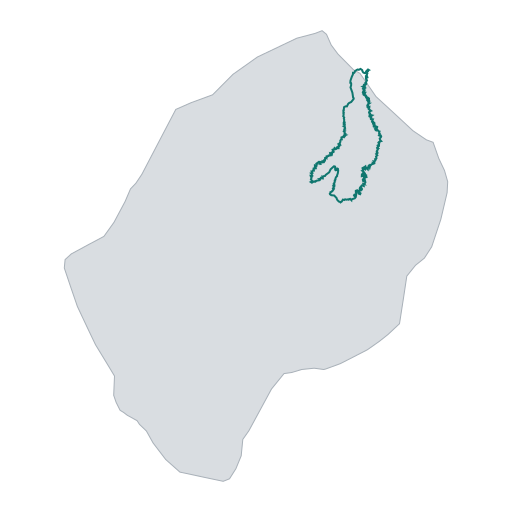 location of Seate, Mokhotlong, Lesotho
{"feature_id": "5366337B91839727568065", "entity_name": "Seate", "entity_type": "district", "adm_level": 2, "iso_a3": "LSO", "parent_name": "Lesotho", "parent_adm1": "Mokhotlong", "projection": "equal_earth", "projection_center": [28.771, -29.06], "detail": "fine", "context": "in_parent", "style": "outline", "palette": "teal", "viewbox_px": 512, "rotation_deg": 0, "n_neighbors": 0, "source": "geoboundaries", "source_scale": "gbopen_adm2", "svg_char_len": 7007}
<svg xmlns="http://www.w3.org/2000/svg" viewBox="0 0 512 512"><path d="M340.4,363.6L325.7,369.0L323.7,369.5L314.2,368.2L301.6,369.5L291.7,372.5L284.0,373.6L271.5,389.0L248.9,430.7L242.8,439.4L241.2,455.8L235.9,468.7L229.5,478.8L223.2,481.3L204.2,477.3L179.9,472.1L165.7,459.5L153.1,443.0L146.4,431.0L139.5,424.4L137.1,420.7L127.2,415.2L123.4,412.3L120.1,410.3L116.1,402.3L113.7,395.3L114.5,376.0L107.5,364.4L95.5,344.7L87.8,328.6L77.4,306.5L70.9,287.6L64.3,268.0L65.1,259.6L71.3,253.9L89.6,244.0L103.9,236.4L114.0,222.3L125.1,201.5L130.5,188.9L135.9,183.2L141.8,174.4L152.1,154.7L163.5,132.9L175.8,109.4L191.3,102.6L212.6,94.8L233.0,74.3L257.4,57.0L296.8,38.2L315.1,33.4L322.1,30.7L326.5,34.3L331.2,45.0L337.9,54.0L353.4,69.7L360.0,73.4L376.0,96.6L393.2,112.4L412.9,130.7L426.3,139.8L433.1,142.3L438.8,158.5L444.5,170.5L447.7,181.7L447.1,192.7L440.8,219.4L431.7,246.8L424.4,258.1L415.5,265.3L406.8,276.1L403.5,298.0L399.5,323.7L388.2,334.3L379.4,341.3L367.3,349.8L340.4,363.6Z" fill="#d9dde1" stroke="#a8b0b8" stroke-width="1"/><path d="M363.7,186.0L363.3,184.0L364.3,184.2L363.8,183.6L364.8,183.3L365.4,182.3L364.7,179.5L364.0,179.5L363.6,181.0L363.2,181.1L362.8,179.7L363.8,178.2L366.5,177.0L365.9,176.1L365.4,175.9L364.5,177.0L364.1,177.1L363.4,175.5L362.9,175.1L362.4,176.1L361.8,176.2L361.9,174.5L363.0,173.1L363.6,173.3L363.7,174.9L364.6,174.8L365.7,175.5L366.0,175.2L364.9,174.5L365.3,174.4L364.9,173.5L363.3,171.4L362.4,170.8L363.1,170.5L362.5,168.1L363.4,167.6L363.9,168.6L365.2,169.4L365.5,168.3L364.9,166.8L365.4,166.4L365.6,167.4L367.8,169.4L367.9,168.5L367.0,167.7L368.6,167.2L368.6,165.9L369.2,165.3L369.6,165.5L369.4,166.6L369.7,167.4L370.3,165.1L370.7,165.3L371.5,164.4L372.5,164.0L372.6,163.1L373.5,163.7L374.4,163.3L374.4,162.6L373.8,161.4L374.4,161.5L375.4,160.4L375.1,159.2L376.0,159.0L376.5,158.2L376.0,156.5L377.3,155.3L376.2,154.0L377.1,153.4L376.8,152.4L377.4,152.4L376.9,150.9L377.8,149.6L377.4,148.7L378.2,148.4L377.3,147.6L378.0,146.9L377.8,145.8L379.0,145.8L379.0,145.3L378.1,145.2L379.1,143.9L378.4,142.6L378.8,142.2L379.4,142.6L380.0,141.3L381.1,141.1L380.1,139.9L379.7,138.6L380.9,137.2L381.2,136.4L381.0,136.0L380.6,136.4L380.3,135.5L379.3,135.6L378.9,135.3L379.8,133.9L379.1,133.3L379.5,131.5L378.6,131.3L377.4,129.8L376.4,130.5L375.7,130.2L375.1,129.0L375.9,128.8L377.1,127.5L377.2,126.9L376.7,126.7L376.6,127.6L376.2,127.9L375.1,126.2L374.2,126.8L373.7,126.5L373.7,125.7L374.2,125.8L374.7,125.2L374.3,122.8L373.9,122.7L373.4,123.5L373.0,123.5L373.1,122.0L372.3,122.1L372.0,121.7L372.8,119.5L372.0,119.6L370.9,119.2L370.8,118.7L371.5,118.2L371.2,117.5L369.4,116.4L369.5,115.7L370.8,116.4L372.2,115.4L371.0,115.1L370.3,114.3L369.8,114.2L370.0,113.4L369.1,112.9L369.0,112.3L369.6,111.4L371.0,110.8L368.6,109.0L368.5,108.3L369.3,107.8L369.4,106.7L368.8,106.8L368.2,108.2L368.2,107.1L367.5,107.0L367.3,105.4L368.0,105.1L368.0,104.3L369.3,103.4L368.6,103.3L368.4,102.5L369.4,101.2L369.2,100.5L367.9,101.1L367.3,100.3L368.9,99.5L369.0,98.5L368.3,98.0L366.8,98.4L366.6,98.1L367.1,97.5L366.0,97.2L365.9,96.8L366.4,96.3L365.7,95.3L365.5,95.2L365.3,95.8L364.0,95.0L364.6,94.0L363.7,93.8L364.7,92.8L363.0,92.8L362.8,92.4L363.0,91.9L364.4,91.3L364.7,90.5L364.5,89.8L363.7,90.9L363.5,90.0L364.2,89.2L363.0,88.6L363.6,87.6L364.5,88.1L364.9,87.9L363.0,86.7L364.7,86.4L364.5,85.9L363.6,85.9L363.9,84.8L365.4,84.8L366.0,84.1L365.4,83.8L365.2,83.1L365.5,82.7L366.1,83.1L366.2,81.8L367.0,80.3L366.8,80.0L366.4,80.4L366.1,79.9L366.3,79.0L365.9,78.5L365.9,76.1L366.3,76.0L366.2,77.0L366.8,77.6L367.4,77.4L366.7,75.0L367.4,73.3L367.1,72.7L367.2,71.6L368.1,71.1L368.3,70.2L368.8,70.0L368.0,69.5L366.2,71.3L365.3,73.1L364.6,73.1L363.4,72.6L362.6,71.6L362.2,70.1L360.5,68.9L358.8,69.8L357.7,69.5L356.6,70.0L354.8,71.3L354.6,72.4L354.1,72.9L353.0,72.8L352.9,74.5L351.9,76.5L350.5,80.5L350.3,82.8L351.0,83.0L351.2,83.7L351.1,85.5L350.5,87.4L352.4,92.7L353.1,97.5L353.7,98.2L353.6,99.0L351.2,102.0L349.1,103.0L348.2,103.8L346.9,106.4L345.8,106.3L344.2,107.0L344.0,107.5L343.8,109.6L343.4,110.2L343.7,110.7L343.4,111.0L343.4,112.8L343.8,113.0L343.4,113.9L343.7,114.8L343.2,116.2L344.2,117.5L343.8,118.6L344.2,119.6L344.1,121.3L344.7,122.3L344.4,122.7L343.8,122.4L343.6,123.0L344.0,123.5L343.8,124.3L344.8,124.4L344.6,126.2L344.0,126.4L344.9,127.0L345.0,127.6L344.6,128.2L345.1,128.9L344.2,129.7L344.2,130.6L344.7,130.9L343.9,131.4L344.7,132.3L344.6,133.5L345.4,133.8L345.1,134.8L345.7,135.0L344.8,135.4L345.1,135.8L344.0,137.2L343.7,137.0L343.7,135.9L343.0,136.9L341.9,137.2L341.8,137.5L342.5,137.9L341.5,137.8L341.8,139.4L341.0,139.5L340.3,140.6L340.4,141.8L339.6,143.1L339.9,143.9L339.1,144.0L339.7,144.7L338.6,144.7L338.8,145.6L339.4,146.0L339.1,146.6L337.9,146.9L338.4,148.2L336.7,148.3L337.3,147.7L337.0,147.4L335.8,148.7L335.3,148.3L335.7,149.1L335.4,149.2L334.5,148.2L334.0,149.3L333.3,149.5L333.5,150.0L333.3,150.2L333.4,150.6L332.8,150.4L333.3,152.1L332.3,152.3L332.0,153.7L331.3,152.7L331.0,152.9L331.0,153.5L331.9,154.3L331.8,154.7L330.2,153.7L330.5,155.4L328.6,155.5L328.4,156.1L326.7,156.3L326.8,157.2L325.8,157.6L326.2,158.3L325.1,158.2L325.0,160.3L324.2,160.1L323.7,160.5L323.6,161.0L324.1,161.7L323.9,162.2L323.0,162.3L322.2,161.5L321.9,162.3L320.5,162.0L320.2,163.4L320.5,163.9L320.1,164.0L319.8,163.5L320.0,162.0L318.9,161.8L317.6,162.8L317.6,163.6L316.7,163.4L316.3,163.7L316.6,165.6L316.4,166.2L314.9,165.5L314.9,167.1L314.3,168.2L315.5,167.8L315.7,168.3L313.6,168.6L313.9,170.6L312.7,170.7L312.2,171.5L311.7,171.5L312.4,172.9L311.0,173.3L311.8,174.2L311.9,175.5L312.3,175.9L311.8,176.3L310.7,176.0L310.9,176.7L311.6,177.2L311.5,178.0L310.9,179.3L312.0,180.7L311.8,181.5L310.8,182.0L311.9,182.7L313.6,181.5L314.1,181.8L315.1,181.2L315.5,181.6L316.6,180.7L319.6,180.2L320.1,179.6L320.2,179.1L319.8,178.9L320.3,178.8L320.6,178.2L320.8,178.4L321.1,178.0L321.7,178.2L321.9,177.7L322.2,177.9L322.3,177.0L322.8,177.5L322.8,176.7L323.5,176.2L325.0,176.0L325.7,174.9L329.2,172.3L330.6,169.3L333.9,166.3L334.8,166.4L335.1,166.7L335.2,169.8L335.7,170.3L336.5,170.1L337.2,168.5L337.9,168.8L338.2,170.7L337.8,173.3L337.0,175.6L337.1,176.1L335.9,177.3L335.4,178.8L335.5,179.4L335.0,180.0L335.1,180.5L334.7,180.6L334.7,182.2L334.2,182.9L334.3,184.2L333.8,184.2L334.0,185.0L333.6,185.3L334.1,185.6L333.7,186.0L334.0,186.4L333.7,186.7L334.0,186.9L333.4,187.4L333.5,188.1L333.3,188.3L333.6,188.5L333.1,188.9L333.6,189.4L332.4,191.1L331.8,191.3L331.6,191.8L330.4,192.2L330.4,193.0L329.8,193.7L330.0,194.3L331.3,195.2L334.2,195.5L336.6,198.1L337.0,199.5L338.0,200.7L339.1,201.7L340.0,201.8L340.5,202.4L341.8,201.5L342.9,199.6L344.3,200.0L345.1,199.3L346.3,199.7L347.6,199.4L348.5,199.7L349.1,199.1L349.5,199.3L350.1,198.9L351.4,200.2L351.5,199.4L354.8,198.3L355.8,197.0L355.9,196.3L354.5,196.1L354.0,195.3L354.5,194.6L356.2,194.5L356.3,193.6L355.8,192.1L355.8,190.8L357.1,190.3L358.8,193.7L360.1,194.2L360.5,193.3L358.8,192.0L358.9,190.7L360.8,190.5L361.8,189.6L362.0,189.0L361.6,188.3L359.9,189.4L359.7,188.8L360.0,187.6L361.9,185.4L363.7,186.0Z" fill="none" stroke="#0f766e" stroke-width="2"/></svg>